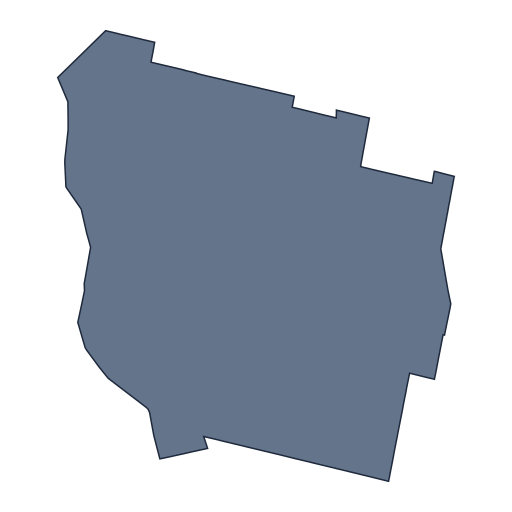 San Martín, Santa Fe, Argentina (Equal Earth projection)
{"feature_id": "61730980B15935899611470", "entity_name": "San Martín", "entity_type": "district", "adm_level": 2, "iso_a3": "ARG", "parent_name": "Argentina", "parent_adm1": "Santa Fe", "projection": "equal_earth", "projection_center": [-61.712, -32.002], "detail": "fine", "context": "isolated", "style": "filled", "palette": "slate", "viewbox_px": 512, "rotation_deg": 0, "n_neighbors": 0, "source": "geoboundaries", "source_scale": "gbopen_adm2", "svg_char_len": 3324}
<svg xmlns="http://www.w3.org/2000/svg" viewBox="0 0 512 512"><path d="M84.1,292.8L83.4,296.0L81.6,304.7L77.8,322.4L84.3,344.7L85.2,347.7L86.7,350.2L89.6,354.1L99.3,367.3L108.2,378.3L112.1,381.3L143.8,405.5L146.6,407.7L147.9,409.0L148.7,410.5L149.6,412.6L153.8,435.5L159.7,458.3L159.9,458.9L171.1,456.5L179.2,454.7L185.6,453.3L191.1,452.0L203.1,449.4L207.2,448.5L207.6,448.4L204.2,438.0L203.7,436.5L218.2,439.9L219.9,440.4L226.5,442.0L252.3,448.2L252.7,448.3L264.8,451.2L269.4,452.3L276.4,454.0L276.5,454.0L278.7,454.5L280.2,454.9L280.3,454.9L283.8,455.8L284.4,455.9L285.1,456.1L288.7,457.0L288.8,457.0L292.7,458.0L318.4,464.2L366.3,475.8L372.0,477.2L388.6,481.3L388.9,479.4L389.2,478.1L389.5,476.7L390.2,473.0L390.8,469.7L391.6,465.8L393.2,457.5L393.6,455.3L393.8,454.0L394.0,453.1L395.1,447.3L396.9,438.2L397.5,435.1L397.8,433.4L398.2,431.4L399.0,427.3L402.1,411.7L403.9,401.8L404.0,401.7L404.9,396.7L405.1,396.1L405.7,393.1L406.3,389.7L406.8,386.9L407.1,385.7L407.3,384.5L407.4,384.0L407.5,383.5L409.0,376.2L409.2,375.3L409.6,373.2L416.4,374.9L420.9,376.0L424.5,376.9L429.5,378.1L433.0,378.9L434.4,379.3L435.0,376.4L436.6,368.4L438.5,358.3L439.3,354.3L439.7,352.2L441.3,344.0L443.1,334.7L443.4,334.8L444.5,335.1L447.2,321.8L448.2,317.1L450.1,307.8L450.1,307.7L450.4,306.0L450.6,304.7L450.8,304.0L448.0,290.5L446.8,283.6L446.3,280.8L441.8,254.6L441.8,254.4L441.7,254.4L441.1,250.8L440.9,249.5L440.8,248.8L441.6,244.4L442.8,238.1L442.8,237.8L443.6,233.5L443.6,233.4L443.7,233.2L445.4,224.0L446.4,218.9L446.9,215.7L447.4,213.4L449.0,204.4L449.2,203.5L449.6,201.7L450.2,198.3L450.4,197.3L450.7,195.3L452.7,184.9L454.0,177.7L454.3,176.4L445.3,174.1L434.6,171.3L434.3,171.3L433.6,175.2L432.2,183.3L427.8,182.3L425.9,181.9L423.1,181.2L415.0,179.4L405.4,177.1L404.3,176.9L395.0,174.7L387.1,172.9L384.1,172.2L372.6,169.5L371.5,169.3L370.1,168.9L369.7,168.8L368.9,168.6L364.7,167.6L364.4,167.6L361.8,166.9L360.8,166.7L360.6,166.6L360.8,165.6L361.0,164.2L361.0,163.9L362.3,156.8L363.5,149.9L363.6,149.7L363.7,149.0L369.1,119.5L369.4,118.1L368.6,117.9L368.3,117.8L359.7,115.8L359.5,115.7L342.3,111.5L340.1,111.0L339.9,111.0L337.7,110.4L336.4,110.1L336.4,111.0L336.4,113.2L336.3,114.7L336.2,117.9L330.9,116.6L324.4,115.1L316.3,113.1L316.1,113.0L310.2,111.6L308.6,111.2L308.3,111.1L304.1,110.1L300.2,109.1L293.2,107.5L292.5,107.3L292.2,107.2L292.8,104.2L293.6,99.8L294.0,97.6L294.2,96.2L288.2,94.8L283.5,93.7L278.3,92.5L275.0,91.7L273.2,91.3L265.8,89.6L261.0,88.5L257.0,87.5L253.2,86.7L252.5,86.5L250.7,86.1L249.7,85.9L246.6,85.2L246.2,85.1L245.6,84.9L241.4,84.0L237.6,83.1L232.0,81.8L226.5,80.5L225.3,80.2L225.1,80.1L221.0,79.2L216.6,78.2L211.3,77.0L205.7,75.7L199.3,74.1L198.8,74.0L198.6,73.9L195.7,73.2L195.8,72.9L191.5,71.9L185.3,70.5L185.2,70.5L185.2,70.4L184.9,70.3L184.8,70.2L166.0,65.7L165.8,65.7L151.3,62.3L151.0,62.2L152.2,55.9L152.9,52.3L153.6,48.4L154.4,43.7L154.7,42.3L148.6,40.9L148.0,40.7L143.8,39.8L139.8,38.8L135.6,37.8L130.7,36.6L123.8,35.0L121.9,34.6L119.4,34.0L117.2,33.4L114.9,32.9L112.1,32.2L110.8,31.9L105.6,30.7L104.5,31.8L60.7,74.6L57.7,77.5L60.3,83.7L67.9,101.8L68.1,118.8L68.1,130.0L64.9,159.2L64.8,162.9L65.9,186.5L66.4,187.7L81.2,209.1L82.8,216.0L86.6,232.8L89.3,242.4L90.6,247.3L85.7,275.3L84.2,283.6L84.3,285.1L84.3,286.0L84.5,290.6L84.1,292.8Z" fill="#64748b" stroke="#1e293b" stroke-width="1.5"/></svg>